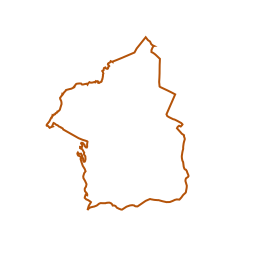 the district of Ramna, Caras-Severin, Romania, rotated 111°
{"feature_id": "2599482B15960202705126", "entity_name": "Ramna", "entity_type": "district", "adm_level": 2, "iso_a3": "ROU", "parent_name": "Romania", "parent_adm1": "Caras-Severin", "projection": "robinson", "projection_center": [21.717, 45.465], "detail": "fine", "context": "isolated", "style": "outline", "palette": "amber", "viewbox_px": 256, "rotation_deg": 111, "n_neighbors": 0, "source": "geoboundaries", "source_scale": "gbopen_adm2", "svg_char_len": 5591}
<svg xmlns="http://www.w3.org/2000/svg" viewBox="0 0 256 256"><g transform="rotate(111 128 128)"><path d="M219.1,136.4L217.6,136.0L216.0,135.0L215.3,134.2L214.7,133.3L214.1,132.5L213.6,131.6L212.1,129.9L211.2,129.1L209.2,128.0L208.0,126.8L207.6,125.7L207.2,124.5L206.8,123.4L206.4,122.3L205.7,121.4L205.4,120.9L205.2,120.4L204.9,120.0L204.7,119.5L204.5,119.0L204.3,118.5L204.4,116.7L204.6,116.3L204.8,115.8L205.1,115.3L205.5,114.9L205.9,114.5L205.3,113.2L205.3,111.7L206.4,109.8L206.5,108.7L206.6,107.7L206.6,106.7L206.6,105.6L206.6,105.2L206.3,104.3L202.0,101.2L199.6,98.4L198.5,96.4L198.1,94.4L198.3,94.0L198.4,93.6L198.4,93.2L198.4,92.8L197.8,91.0L189.7,85.4L186.4,82.0L186.3,80.9L186.1,79.9L185.9,78.8L185.7,77.8L185.4,76.7L185.1,75.7L184.8,74.7L184.4,73.7L184.2,71.6L184.0,69.5L183.7,67.5L183.4,65.5L182.1,62.4L181.2,61.4L180.3,60.4L179.4,59.5L178.4,58.6L177.2,56.9L176.4,54.3L173.5,53.2L172.3,52.9L171.8,52.8L171.2,52.6L170.5,52.4L169.8,52.0L169.1,51.7L168.4,51.3L168.1,51.2L167.8,51.1L167.5,51.0L167.2,51.0L166.9,51.0L166.7,51.0L166.1,51.2L162.8,51.8L160.8,52.4L156.9,55.4L155.4,55.8L154.2,55.8L152.1,54.4L151.1,54.3L150.1,55.0L149.4,55.7L148.7,56.4L148.0,57.0L147.2,57.6L146.2,59.0L146.3,59.5L146.2,59.9L146.0,60.4L145.8,60.8L144.2,62.1L140.1,64.3L138.9,65.6L136.8,66.9L135.0,67.7L133.2,68.1L131.4,68.5L129.6,68.8L127.7,69.0L126.5,69.5L125.2,69.9L123.9,70.2L122.6,70.5L121.3,70.7L118.0,71.0L117.8,71.1L117.4,71.4L117.1,71.6L116.7,71.9L116.3,72.3L116.0,72.5L115.6,72.8L115.1,73.0L114.7,73.1L114.0,75.9L113.3,77.1L110.7,82.2L109.1,82.0L107.6,81.1L107.7,79.3L105.8,78.5L105.1,78.4L104.3,80.0L103.7,84.4L103.4,87.6L103.6,88.9L103.2,93.4L102.8,95.6L101.4,97.0L79.7,96.0L79.2,100.2L78.8,104.3L78.5,108.5L78.2,112.6L77.9,113.4L73.9,115.4L69.8,116.7L65.7,118.1L61.7,119.6L57.6,121.1L54.3,122.2L52.0,123.0L49.6,128.8L48.9,131.2L48.7,133.3L46.9,134.0L43.8,133.9L42.2,133.4L42.1,133.2L42.0,134.5L41.5,136.2L40.2,137.6L39.4,138.4L38.8,140.9L38.2,141.9L36.9,144.0L50.7,148.4L55.2,149.0L64.9,159.0L68.2,162.5L71.4,166.0L71.5,166.2L72.0,166.0L71.8,168.1L73.2,168.3L74.4,169.4L75.1,169.7L75.8,169.6L76.2,169.1L76.5,168.7L76.4,168.3L76.9,167.7L77.5,167.9L77.9,168.1L78.3,168.3L79.5,168.3L79.7,168.1L80.2,168.5L80.3,169.2L80.2,170.1L79.6,170.8L80.2,171.5L80.7,171.9L82.2,171.7L82.9,171.5L83.5,172.0L83.8,172.5L84.0,172.5L84.2,172.0L85.2,171.2L85.9,170.5L87.3,170.5L88.3,170.0L89.4,169.9L90.2,169.6L91.3,169.6L91.7,169.4L92.1,169.4L93.0,169.6L94.0,169.3L94.6,169.6L95.2,170.3L96.4,171.2L96.5,172.0L95.9,172.2L95.3,172.5L95.2,173.1L95.7,173.5L95.7,174.2L95.7,174.7L96.5,174.7L97.1,174.8L97.2,175.1L96.9,175.6L97.9,176.9L98.7,178.1L98.8,178.6L99.1,179.3L99.0,180.4L100.4,181.1L101.7,181.4L102.0,181.4L101.8,181.8L101.5,182.5L102.0,183.3L102.7,184.4L103.5,185.5L103.9,186.5L103.3,187.6L103.6,188.7L104.1,189.9L104.4,190.5L105.0,191.6L105.4,192.1L106.6,192.5L107.1,192.7L107.7,192.8L108.5,193.1L108.5,192.8L108.5,192.7L108.8,192.7L109.0,192.7L109.2,192.8L109.4,193.0L109.7,193.2L110.0,193.5L110.9,194.3L111.1,194.5L111.7,195.1L112.6,196.5L114.7,199.4L114.9,199.4L115.2,199.6L115.8,199.6L117.1,200.2L118.1,200.6L118.3,200.6L118.5,200.7L118.7,200.8L119.0,200.7L119.2,200.8L119.3,200.9L119.4,201.2L119.5,201.1L119.9,201.1L120.0,201.2L120.0,201.3L120.2,201.2L120.3,201.0L120.6,201.1L120.7,201.3L121.0,201.2L121.3,201.3L121.4,201.5L124.3,202.2L124.5,202.0L124.7,201.9L125.0,201.8L125.1,201.7L125.3,201.6L125.6,201.3L125.8,201.1L126.0,200.9L126.1,200.7L126.8,200.0L127.4,199.6L127.8,199.4L128.1,199.2L128.3,199.1L128.8,198.9L129.3,198.7L129.5,198.6L130.0,198.6L135.3,198.2L135.8,198.4L136.1,198.4L136.5,198.6L137.2,199.1L137.4,199.2L137.6,199.5L137.8,199.7L138.0,199.5L138.0,199.4L138.6,199.7L138.8,199.9L139.2,199.9L139.3,199.9L139.4,200.0L139.6,200.3L139.8,200.6L140.0,200.7L140.2,200.9L140.5,201.0L141.0,200.9L141.3,201.0L141.5,201.4L141.7,201.5L141.7,201.8L141.8,201.9L142.0,201.9L142.4,202.0L142.8,202.2L142.9,202.3L142.9,202.6L143.0,202.8L143.0,203.0L143.3,202.9L143.7,202.7L143.8,202.8L144.1,202.9L144.1,203.0L144.3,203.0L144.7,202.9L145.3,202.9L145.5,202.9L145.5,203.0L145.6,203.3L145.8,203.4L146.3,203.4L150.1,203.8L153.5,204.9L153.9,205.0L154.1,205.0L154.4,205.0L154.9,204.8L155.0,204.7L154.9,204.1L154.8,203.6L154.9,203.2L155.0,202.8L155.1,202.6L155.5,202.0L155.9,201.2L155.7,201.0L155.1,200.5L154.0,199.3L153.6,198.8L153.4,199.5L150.0,199.3L150.0,198.7L150.2,197.7L150.3,197.4L150.7,196.3L150.7,196.2L150.7,195.8L150.7,194.7L150.8,194.4L150.9,194.1L151.3,193.2L151.4,191.0L151.6,190.8L151.6,190.7L151.6,190.3L151.6,190.1L151.7,189.7L151.8,189.0L151.9,188.8L151.9,188.7L152.6,187.9L153.9,179.2L155.2,170.5L155.3,166.2L155.1,163.2L155.0,161.5L155.3,160.9L157.7,160.4L160.2,159.4L161.0,159.5L161.2,160.3L160.4,161.8L159.5,162.4L158.3,164.5L158.2,165.5L158.5,166.2L159.2,166.3L160.3,164.7L161.2,164.2L162.3,164.2L162.8,166.0L164.0,165.5L164.1,164.8L164.2,163.1L166.8,160.0L167.8,159.9L168.5,159.5L169.7,157.7L172.3,156.5L173.2,156.4L174.1,156.2L175.0,156.4L175.3,157.0L174.2,158.3L172.8,158.8L171.5,160.2L170.0,161.2L168.8,162.6L169.7,164.4L169.3,165.5L168.9,166.0L169.8,166.2L170.9,165.5L171.6,164.6L171.6,163.5L171.6,163.0L171.7,162.4L172.7,161.0L173.3,160.7L173.5,161.0L173.9,161.2L174.2,161.0L176.4,159.3L179.5,156.7L181.7,153.8L183.6,152.1L185.8,152.7L189.1,152.5L190.8,151.6L192.9,149.0L195.3,146.6L197.8,146.2L199.0,146.5L200.3,146.6L201.5,146.1L202.5,145.4L203.8,143.0L204.7,142.2L205.4,142.0L205.4,143.6L207.6,143.6L208.7,143.4L209.6,141.4L209.6,139.6L209.8,138.5L210.1,137.1L210.5,136.0L211.9,136.2L214.2,136.7L215.5,136.7L219.1,136.4Z" fill="none" stroke="#b45309" stroke-width="2"/></g></svg>